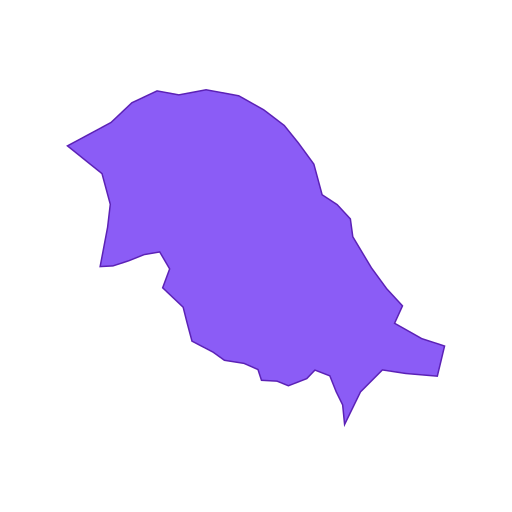 outline of Agia Marina Skyllouras, Cyprus, rotated 342°
{"feature_id": "46923920B60275250769381", "entity_name": "Agia Marina Skyllouras", "entity_type": "district", "adm_level": 2, "iso_a3": "CYP", "parent_name": "Cyprus", "parent_adm1": "", "projection": "equal_earth", "projection_center": [33.126, 35.224], "detail": "fine", "context": "isolated", "style": "filled", "palette": "violet", "viewbox_px": 512, "rotation_deg": 342, "n_neighbors": 0, "source": "geoboundaries", "source_scale": "gbopen_adm2", "svg_char_len": 800}
<svg xmlns="http://www.w3.org/2000/svg" viewBox="0 0 512 512"><g transform="rotate(342 256 256)"><path d="M157.4,257.4L170.9,282.2L169.9,296.9L168.8,317.2L185.4,334.1L193.7,345.4L211.4,354.4L222.8,364.6L222.8,375.9L237.3,381.5L246.7,389.4L266.4,388.3L276.8,382.7L289.2,392.8L290.3,409.8L292.4,424.4L288.2,443.6L313.4,417.5L341.0,403.4L362.1,414.0L391.3,426.3L399.3,413.3L407.5,399.9L388.1,385.8L367.0,362.8L379.9,348.7L370.2,327.6L362.1,302.9L354.0,267.6L357.2,249.9L349.1,232.3L337.8,218.2L339.4,186.5L331.3,161.8L323.2,140.6L308.6,119.5L289.1,98.3L259.9,82.5L232.3,78.9L212.9,68.4L185.3,71.9L159.4,84.2L110.7,93.0L135.0,130.1L133.4,161.8L123.7,182.9L104.5,217.9L116.9,221.2L133.5,221.2L150.1,220.1L165.7,222.4L169.9,241.6L157.4,257.4Z" fill="#8b5cf6" stroke="#5b21b6" stroke-width="1.5"/></g></svg>